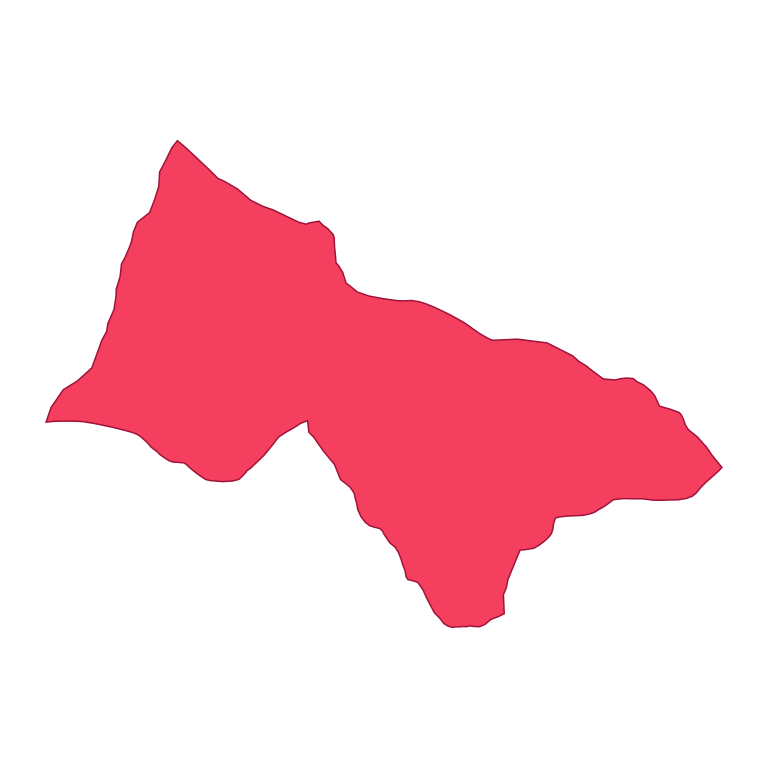 the district of Wangchang, Paro, Bhutan
{"feature_id": "84629894B96317495800587", "entity_name": "Wangchang", "entity_type": "district", "adm_level": 2, "iso_a3": "BTN", "parent_name": "Bhutan", "parent_adm1": "Paro", "projection": "mercator", "projection_center": [89.426, 27.411], "detail": "fine", "context": "isolated", "style": "filled", "palette": "rose", "viewbox_px": 768, "rotation_deg": 0, "n_neighbors": 0, "source": "geoboundaries", "source_scale": "gbopen_adm2", "svg_char_len": 3109}
<svg xmlns="http://www.w3.org/2000/svg" viewBox="0 0 768 768"><path d="M198.5,159.6L187.3,149.2L184.6,146.7L177.4,140.7L171.8,147.8L164.8,162.2L159.6,172.0L158.8,186.2L154.4,200.2L149.6,212.5L137.4,222.3L133.5,231.7L131.3,242.2L129.2,247.7L125.2,257.1L121.5,264.0L120.1,276.5L116.2,289.4L116.1,295.7L114.0,309.5L109.5,319.8L107.9,323.4L106.7,331.4L102.0,339.9L91.8,367.9L77.2,381.1L63.3,389.7L51.0,407.6L46.1,422.1L53.2,421.4L58.2,421.2L65.4,421.1L78.4,421.3L83.4,421.7L93.9,423.4L100.8,424.8L113.0,427.4L125.7,430.6L133.6,432.8L137.7,434.7L140.4,436.4L146.9,442.2L151.4,447.4L157.4,451.9L159.7,454.4L164.6,457.9L169.2,460.8L173.0,462.0L180.8,462.6L183.9,462.9L186.4,464.4L189.6,467.6L193.6,470.9L198.1,474.4L202.0,477.1L205.6,479.5L210.5,480.6L222.3,481.6L232.6,481.0L238.9,479.4L241.4,477.1L245.1,473.2L247.3,470.4L250.4,468.3L260.0,459.2L264.1,455.2L267.4,451.2L272.9,444.5L277.3,438.6L279.6,436.3L282.6,434.4L286.8,431.7L291.8,429.0L297.4,425.5L300.5,423.4L307.6,420.7L308.9,432.2L314.1,437.6L317.3,442.4L323.3,450.9L334.5,464.5L340.5,479.5L346.5,484.2L350.2,487.3L354.1,493.1L355.1,497.8L356.5,502.8L357.8,509.5L360.8,516.4L365.1,522.1L369.5,525.6L374.0,527.1L379.8,528.5L382.5,531.0L383.9,534.0L387.7,539.7L389.8,542.8L395.4,547.5L398.7,552.9L401.2,559.5L402.4,563.8L403.9,567.8L405.0,570.3L406.1,576.8L408.0,579.7L411.2,580.3L415.5,581.6L418.0,582.6L423.2,590.2L425.6,595.8L428.5,601.6L434.4,612.8L437.3,615.7L440.1,618.6L443.8,623.5L447.9,626.1L451.9,627.3L456.1,626.9L460.5,626.8L463.3,626.5L466.5,626.7L469.5,625.9L474.1,626.5L479.6,626.7L484.8,624.5L491.0,619.4L498.8,616.4L504.2,613.7L503.9,605.7L503.4,594.7L506.3,587.9L507.9,579.7L513.3,566.5L520.1,550.0L524.3,549.8L529.9,548.9L534.0,548.2L539.2,545.1L543.8,541.7L548.5,537.4L551.4,533.7L552.8,529.4L553.4,525.0L554.0,522.1L555.3,518.2L558.6,517.1L566.5,516.1L573.1,515.8L582.4,515.4L586.9,514.5L590.8,513.6L595.0,512.0L598.3,509.8L603.2,507.1L608.1,503.7L613.4,499.7L618.6,499.0L624.1,498.6L634.3,498.8L642.4,498.8L652.7,500.1L661.6,500.3L668.2,500.0L678.3,499.8L686.6,498.4L692.3,496.2L696.2,493.0L700.9,487.3L706.0,482.2L712.1,476.8L719.0,470.6L721.9,467.4L711.9,455.1L706.5,447.1L697.2,436.8L688.5,429.8L685.5,425.2L683.2,418.8L681.1,414.5L679.1,412.5L670.2,409.2L659.5,406.2L654.8,395.9L650.8,390.9L643.5,384.9L636.8,381.6L633.4,378.6L626.8,378.0L620.2,378.7L615.2,380.0L603.3,378.9L599.6,376.2L592.2,370.7L586.5,366.1L578.9,361.4L572.7,355.9L547.1,342.9L517.9,339.2L514.1,339.3L492.5,340.3L487.7,338.2L479.5,333.5L470.9,327.4L463.8,322.4L449.5,314.5L435.3,307.7L426.4,304.0L419.1,301.7L411.6,300.5L402.9,300.9L397.0,300.6L390.3,299.7L382.2,298.5L368.8,296.0L365.9,295.0L357.6,292.1L346.1,283.0L343.8,275.9L342.7,272.4L338.6,265.7L335.9,262.5L335.7,258.5L334.5,246.0L334.3,240.2L334.2,237.4L333.0,234.4L327.6,228.5L323.1,225.3L319.0,221.2L312.9,222.3L309.0,222.9L306.2,224.2L299.0,222.3L295.1,220.5L284.5,215.4L272.9,209.8L269.1,208.5L265.4,207.2L262.3,206.1L250.6,200.2L240.7,191.7L237.7,189.1L224.4,181.4L217.7,178.3L215.7,176.2L211.4,171.9L209.5,170.0L204.5,165.3L198.5,159.6Z" fill="#f43f5e" stroke="#9f1239" stroke-width="1.5"/></svg>